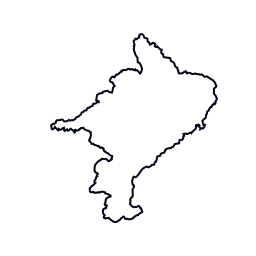 the district of Mongmit, Shan, Myanmar, rotated 201°
{"feature_id": "60261553B47927244306480", "entity_name": "Mongmit", "entity_type": "district", "adm_level": 2, "iso_a3": "MMR", "parent_name": "Myanmar", "parent_adm1": "Shan", "projection": "natural_earth1", "projection_center": [96.697, 23.526], "detail": "fine", "context": "isolated", "style": "outline", "palette": "ink", "viewbox_px": 256, "rotation_deg": 201, "n_neighbors": 0, "source": "geoboundaries", "source_scale": "gbopen_adm2", "svg_char_len": 5863}
<svg xmlns="http://www.w3.org/2000/svg" viewBox="0 0 256 256"><g transform="rotate(201 128 128)"><path d="M118.4,35.6L116.5,35.4L115.9,36.1L113.7,37.2L111.9,36.3L107.6,35.3L105.3,35.9L102.7,39.4L102.1,41.1L100.5,43.7L99.2,43.3L98.4,42.3L97.3,42.2L97.0,42.7L95.7,43.1L95.0,42.9L92.8,43.8L91.1,45.4L91.0,46.0L90.7,46.0L90.0,47.8L89.3,48.7L88.2,50.0L87.5,50.2L86.5,52.4L84.7,54.5L84.7,55.0L85.6,55.8L87.0,57.7L88.0,57.7L89.0,58.7L89.9,59.2L91.5,57.6L94.3,56.1L96.0,56.3L99.0,57.7L99.2,59.8L100.2,62.0L100.3,63.0L99.2,65.7L99.8,67.8L101.6,71.9L101.7,72.8L101.3,75.1L101.4,75.8L102.1,76.6L103.1,76.6L103.6,77.1L105.1,79.7L105.5,84.2L105.1,84.7L103.8,84.6L103.1,84.9L102.4,86.0L101.9,87.2L99.9,94.8L99.0,96.3L96.7,98.7L94.6,98.7L92.9,101.0L92.5,102.0L90.5,103.2L90.7,105.4L90.4,106.4L89.8,106.6L89.8,106.9L90.0,109.3L90.4,110.7L90.4,112.1L88.2,113.4L88.0,114.1L88.2,115.6L86.4,117.4L85.4,118.0L85.3,118.4L85.5,119.0L85.0,120.0L85.4,120.4L84.7,122.2L82.1,124.1L80.6,124.6L80.4,125.7L79.4,126.3L79.1,126.9L78.4,129.9L74.8,132.0L75.7,135.2L73.1,136.4L72.7,138.0L73.3,139.6L73.2,140.6L72.8,140.8L73.0,141.4L74.0,142.3L72.1,143.5L70.8,143.5L70.4,143.7L68.8,145.2L68.3,146.0L67.4,146.4L67.0,146.1L66.9,147.0L66.2,147.9L65.7,149.4L64.7,151.1L64.6,152.4L64.9,153.6L65.5,154.3L65.4,155.3L64.3,155.6L63.9,155.3L63.5,156.4L63.1,156.4L62.1,155.9L61.9,154.6L60.4,153.8L60.1,152.8L59.2,154.1L58.6,154.4L57.7,154.4L57.1,156.8L57.3,158.5L58.6,157.8L59.1,158.8L60.1,159.7L61.1,161.3L60.2,163.6L59.2,165.0L59.4,167.6L59.9,168.4L59.4,169.5L59.9,171.4L59.6,172.4L58.9,173.3L59.0,174.7L58.4,177.2L57.6,177.4L57.7,179.3L57.1,179.8L56.8,181.1L56.3,180.8L55.4,181.6L55.3,183.0L55.7,183.1L55.9,184.4L55.5,185.2L55.5,186.8L55.5,187.2L57.7,189.5L59.4,190.4L60.6,191.7L60.9,193.4L61.8,195.1L61.8,195.7L60.5,198.2L60.4,198.6L60.9,199.3L62.4,200.6L62.8,201.4L65.8,203.0L70.4,203.8L72.3,204.5L72.9,204.4L75.0,203.2L77.9,204.4L79.0,204.1L79.8,203.5L81.1,203.7L83.4,202.9L84.6,203.0L87.3,201.4L90.3,201.6L91.4,201.2L92.5,200.1L93.1,200.4L94.0,201.7L94.4,201.7L96.2,199.9L96.6,198.7L99.9,197.2L100.9,198.1L101.4,199.3L103.2,201.1L103.5,202.0L104.8,202.0L106.5,202.8L107.4,204.4L108.9,205.5L112.0,206.0L113.3,208.0L114.4,208.4L115.4,207.9L117.3,207.7L117.6,207.3L120.1,207.1L121.2,208.4L121.7,209.5L123.1,209.4L124.3,210.8L124.6,213.2L125.9,212.9L127.4,213.4L128.3,214.1L129.3,214.1L130.0,214.7L130.5,213.8L131.7,213.6L132.5,214.1L132.7,215.7L132.5,216.0L133.7,216.7L135.2,216.5L135.3,216.0L135.9,215.3L136.3,215.4L136.6,214.4L137.5,213.7L139.0,215.4L140.7,215.9L141.4,217.5L142.2,218.5L144.9,218.0L146.7,220.0L148.2,220.7L150.1,220.1L150.2,219.1L150.7,218.6L150.8,217.9L150.0,217.1L150.0,216.5L150.3,215.9L151.0,215.6L151.7,214.0L153.1,214.1L153.2,212.9L153.9,211.3L153.8,210.9L151.8,208.2L151.6,207.4L152.0,206.7L151.9,206.4L151.3,205.8L150.9,204.7L151.0,204.0L149.5,201.5L148.5,200.9L148.2,200.0L146.7,198.6L144.3,197.0L142.5,192.9L142.2,192.7L140.7,193.0L140.4,192.8L138.3,191.0L136.1,188.4L135.8,186.5L136.0,183.3L136.3,183.1L136.8,183.6L140.2,185.2L140.7,184.8L141.4,185.0L141.7,184.6L142.4,185.2L142.7,184.4L143.7,184.1L145.2,184.6L146.8,183.4L147.7,183.7L148.3,183.3L149.0,183.4L150.3,181.7L152.6,180.7L154.5,179.3L154.0,178.5L154.9,177.9L155.9,175.7L157.4,173.6L158.2,173.5L158.5,172.2L158.6,171.0L158.9,170.4L160.7,170.6L161.2,170.1L161.9,168.0L162.0,166.2L161.7,165.5L160.8,164.7L159.3,165.1L158.1,164.5L157.3,163.6L155.5,162.5L156.1,161.5L156.4,159.9L155.8,157.5L155.7,155.3L158.5,154.8L160.2,155.5L161.8,154.7L164.5,152.6L164.4,151.4L167.2,149.9L167.8,148.8L168.5,148.1L168.7,147.6L167.6,142.3L165.0,142.5L164.5,141.7L166.4,140.7L166.9,139.3L169.1,138.1L169.2,137.3L168.9,136.1L171.0,134.1L171.7,132.7L172.6,132.5L173.2,130.8L173.1,129.7L175.1,128.3L175.4,127.1L176.5,126.2L176.9,125.5L176.7,124.4L176.9,123.6L178.4,121.0L180.2,119.4L180.3,118.0L182.0,115.5L183.2,115.3L184.1,114.4L184.8,114.1L185.8,114.5L187.4,112.7L189.0,111.5L189.9,111.3L192.0,112.4L193.1,112.1L193.9,111.3L197.3,109.6L197.6,108.1L197.3,106.9L198.6,105.4L199.4,105.2L200.7,102.9L199.0,100.0L198.3,99.6L198.0,99.7L197.2,100.6L196.6,101.8L196.6,102.7L196.0,102.2L194.4,101.8L192.3,100.7L192.0,101.3L192.1,102.3L191.2,101.9L190.2,102.2L189.3,103.8L187.9,105.3L187.5,104.6L187.5,103.5L186.2,102.6L185.6,102.8L185.2,104.0L184.4,105.0L183.2,104.0L182.5,104.3L181.2,106.8L180.5,106.5L178.0,106.0L177.1,105.0L176.2,104.7L176.0,105.5L177.2,106.4L176.6,107.5L174.9,107.2L174.1,107.6L173.3,108.8L173.0,108.8L172.8,109.7L172.3,110.0L172.0,111.0L171.0,111.3L170.2,112.1L169.7,112.3L168.9,111.5L168.1,111.2L164.6,111.0L163.6,111.3L163.1,111.2L162.4,110.6L161.2,110.7L160.7,109.2L160.0,107.9L159.7,106.0L159.9,104.5L159.5,104.0L159.9,103.1L159.7,102.2L156.9,100.9L156.3,100.1L154.7,100.8L153.2,100.1L152.4,100.4L149.8,100.3L149.5,100.6L148.4,100.6L148.1,100.0L147.4,99.9L146.9,99.5L146.2,99.6L145.5,100.5L144.5,100.2L144.1,100.3L143.4,100.1L143.3,99.2L142.6,98.7L142.1,98.0L141.4,97.6L140.5,97.9L139.2,97.1L137.4,97.2L135.1,96.1L132.9,96.2L132.2,95.2L132.6,93.6L131.9,92.9L133.8,90.3L134.8,90.1L135.9,90.8L137.5,91.2L139.4,90.3L141.3,90.0L141.8,88.5L143.1,87.5L143.5,86.4L144.1,85.7L145.2,82.6L145.4,80.9L144.3,76.8L143.3,75.4L141.9,74.8L140.1,74.8L139.9,74.0L139.7,73.9L140.1,72.9L140.0,72.3L139.4,71.8L140.1,70.8L139.8,67.9L140.4,66.7L140.1,65.6L139.7,65.0L138.8,65.0L139.9,62.1L140.7,61.5L142.1,58.0L141.1,55.5L140.5,55.0L139.7,54.7L138.7,55.0L138.4,55.5L137.6,55.8L136.4,55.8L136.1,55.4L134.3,56.5L133.5,56.4L132.3,57.8L131.4,57.6L129.4,59.4L126.3,59.7L125.8,58.8L122.8,59.1L120.0,58.6L119.8,57.6L121.0,57.1L123.0,54.3L123.0,53.0L122.9,52.4L122.5,51.8L122.7,51.1L122.4,50.4L122.6,49.1L122.5,48.7L122.1,48.7L121.8,47.8L120.4,48.3L119.8,47.7L120.1,46.1L119.9,45.8L120.2,45.3L120.1,44.8L121.1,44.5L122.0,43.0L121.8,41.7L121.0,40.0L119.7,38.7L118.5,38.2L118.8,36.6L118.4,35.6Z" fill="none" stroke="#020617" stroke-width="2"/></g></svg>